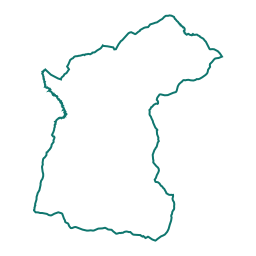 Bixad, Covasna, Romania, rotated 90°
{"feature_id": "2599482B49492640514301", "entity_name": "Bixad", "entity_type": "district", "adm_level": 2, "iso_a3": "ROU", "parent_name": "Romania", "parent_adm1": "Covasna", "projection": "albers", "projection_center": [25.86, 46.11], "detail": "fine", "context": "isolated", "style": "outline", "palette": "teal", "viewbox_px": 256, "rotation_deg": 90, "n_neighbors": 0, "source": "geoboundaries", "source_scale": "gbopen_adm2", "svg_char_len": 5781}
<svg xmlns="http://www.w3.org/2000/svg" viewBox="0 0 256 256"><g transform="rotate(90 128 128)"><path d="M209.9,222.0L210.4,222.0L212.3,220.4L212.4,217.9L213.0,215.9L213.0,213.8L213.9,209.1L215.1,207.1L215.4,205.4L215.3,204.5L213.7,201.6L212.3,197.7L213.3,194.4L213.9,193.7L218.7,192.0L220.3,191.1L221.9,190.8L222.6,189.9L223.4,188.1L224.4,187.4L225.6,187.1L226.5,186.5L228.0,185.3L228.1,184.5L228.0,183.8L227.2,181.8L227.0,180.7L227.2,179.7L229.6,173.5L230.6,169.2L230.6,167.8L230.3,165.3L230.6,163.1L230.5,162.1L228.6,157.7L228.4,153.7L227.8,151.0L228.6,149.2L229.1,148.6L229.5,147.8L229.8,144.4L231.4,142.8L233.7,139.8L233.6,138.8L233.2,137.5L232.9,136.2L233.1,135.1L232.8,134.5L232.8,133.1L231.9,131.6L231.5,129.8L231.6,128.8L232.1,127.0L232.0,125.7L234.3,123.3L234.7,122.2L235.1,115.5L235.6,115.2L236.2,114.0L236.6,113.6L236.6,113.4L236.4,113.3L236.1,112.7L237.3,111.1L238.0,110.6L237.6,109.5L236.7,108.1L236.8,107.7L239.5,103.7L240.6,100.7L240.2,99.9L239.2,98.8L236.4,95.0L235.4,92.7L234.5,91.1L231.8,88.8L229.0,87.4L224.6,86.2L220.7,84.9L217.5,84.4L216.1,84.8L215.0,84.6L214.0,84.0L211.9,83.7L209.9,82.6L209.6,82.1L208.0,81.8L206.3,81.9L204.2,81.7L202.2,82.0L200.4,83.1L198.8,83.5L196.1,82.9L194.9,83.0L195.0,84.0L194.8,84.6L194.9,85.7L194.8,86.8L194.4,87.8L193.8,88.5L193.4,89.5L192.3,89.9L188.8,91.8L188.0,92.8L186.4,93.9L185.7,95.1L183.5,96.5L182.3,98.0L182.1,98.8L182.0,100.1L181.7,100.6L179.7,101.3L177.9,100.1L175.2,99.2L172.6,97.8L170.7,97.1L168.9,97.3L167.6,98.0L166.1,99.7L162.5,102.7L160.2,102.6L159.3,102.9L154.8,103.3L150.1,101.6L148.5,100.5L147.9,100.3L146.7,99.3L142.4,98.2L141.1,97.2L139.5,97.8L137.7,97.6L134.3,98.9L130.6,99.2L130.2,98.7L129.8,98.7L127.7,100.6L127.1,100.9L122.5,102.9L121.0,103.2L118.4,104.5L116.7,105.1L115.2,106.2L114.1,106.5L111.8,106.3L110.0,106.6L109.0,105.6L107.2,104.8L106.8,103.9L104.8,102.2L103.6,100.0L103.6,99.5L103.9,98.6L103.5,98.0L102.0,97.9L100.7,98.4L99.9,99.2L99.4,99.2L97.7,98.7L94.6,96.5L94.4,95.9L94.4,95.2L95.3,91.3L95.1,88.2L92.8,82.8L92.1,80.3L91.7,79.8L90.7,79.3L86.4,78.2L84.2,77.0L82.5,75.2L81.7,74.1L80.6,73.2L80.2,72.6L80.1,72.0L80.3,70.7L80.0,69.4L79.8,67.6L80.3,65.3L80.5,62.5L79.9,60.5L79.1,59.3L79.2,57.8L78.8,56.4L77.3,53.8L75.0,50.5L73.4,48.9L71.9,48.3L69.7,47.9L66.9,45.9L65.2,46.2L64.0,46.0L61.8,43.8L59.5,42.0L58.5,40.8L58.2,39.2L58.0,37.4L56.6,34.0L53.4,36.1L51.2,38.2L49.3,41.8L49.1,43.4L49.3,45.9L48.9,46.5L41.6,50.2L40.9,51.0L38.7,52.7L36.9,55.9L36.1,56.4L35.6,57.7L34.7,58.8L34.6,59.3L34.9,62.0L34.0,63.1L34.4,63.6L35.1,63.7L35.3,64.2L34.9,65.7L34.6,66.6L34.0,67.2L33.8,67.8L34.7,69.3L33.9,70.5L33.3,70.6L32.7,71.6L31.7,71.6L31.0,72.2L30.8,72.1L30.8,71.7L30.3,71.4L28.9,71.3L27.9,71.8L27.5,72.2L27.4,73.0L26.7,73.2L26.5,73.8L25.3,74.9L25.4,75.4L24.3,75.7L24.2,76.4L23.4,76.7L22.9,77.4L22.0,77.9L20.8,79.3L19.1,80.6L18.9,81.1L16.9,82.0L15.7,84.5L15.4,86.5L15.8,87.8L15.8,90.0L16.0,90.5L17.4,92.3L18.0,92.7L19.1,93.9L20.0,95.6L22.3,98.9L22.9,101.3L23.3,102.2L24.4,105.8L27.1,107.9L27.4,110.6L27.8,111.9L30.0,115.8L30.8,116.1L31.8,117.7L33.8,120.1L34.1,120.9L32.2,124.8L32.6,126.4L33.3,127.6L40.1,133.7L41.2,135.2L44.4,137.5L49.2,140.1L49.4,141.7L47.4,142.7L46.3,148.6L45.9,152.9L45.5,153.2L48.0,155.0L48.6,155.7L50.4,158.8L52.2,161.1L52.4,161.6L52.6,163.6L53.3,164.0L54.3,165.9L54.0,166.9L53.9,167.9L54.1,168.2L54.4,170.7L55.1,171.4L54.8,172.0L54.8,173.1L55.3,174.5L55.7,176.0L55.8,177.5L56.1,178.2L56.3,180.5L56.5,181.2L56.9,181.9L58.2,183.0L58.8,184.3L60.0,185.8L64.4,187.6L66.5,188.9L69.3,187.0L73.2,189.6L73.4,190.2L74.3,191.6L75.8,192.4L77.3,194.2L78.4,194.9L79.4,195.0L78.5,197.9L74.7,205.1L69.5,210.7L70.5,211.6L70.5,212.2L71.2,212.5L71.6,213.4L72.1,213.0L72.7,213.1L73.3,213.8L74.4,213.4L75.0,212.9L76.3,212.8L76.9,212.4L77.2,212.6L78.3,212.3L78.8,212.5L79.1,212.0L81.5,211.7L81.8,211.2L82.3,211.6L83.0,211.2L84.9,211.0L85.2,210.6L86.6,211.0L86.5,210.6L87.8,209.6L87.8,209.1L87.5,208.6L87.8,208.4L88.0,207.9L88.6,207.2L88.6,206.3L89.3,205.8L89.5,206.4L90.1,206.3L90.5,206.7L90.4,206.3L91.3,205.9L91.4,205.3L91.7,204.7L93.3,203.7L93.5,202.9L94.1,203.4L94.9,203.1L95.1,202.2L94.9,201.9L95.2,201.8L95.0,201.6L95.2,201.3L95.1,201.0L95.5,200.9L95.8,200.5L95.9,200.1L96.1,199.9L96.0,199.2L96.3,199.0L96.6,199.0L96.7,198.8L96.9,198.9L97.8,198.8L98.7,198.0L99.4,197.7L99.3,197.1L99.9,197.0L100.0,196.5L100.3,196.5L100.6,196.2L101.1,196.0L101.2,194.9L101.8,194.9L102.0,195.5L102.3,195.6L102.8,195.3L102.9,194.1L103.2,193.9L103.4,193.9L103.5,194.2L104.0,194.3L104.4,193.8L105.5,193.6L105.6,193.4L105.9,193.8L106.1,193.5L106.9,193.7L107.2,193.3L107.5,192.5L108.4,192.4L108.7,192.1L109.6,192.6L109.4,192.1L110.0,191.5L110.3,191.5L110.5,191.2L111.6,191.5L111.5,191.3L111.8,191.1L111.9,190.6L113.0,190.9L112.9,190.6L113.3,190.6L113.9,189.6L114.1,189.5L114.6,189.8L114.5,190.2L114.8,190.4L114.8,191.0L115.2,191.0L115.6,191.3L116.1,191.1L116.0,191.5L116.6,191.9L117.0,191.9L116.9,192.2L117.4,192.3L117.3,192.6L117.7,192.8L117.6,193.1L117.8,193.3L117.7,193.7L117.9,194.2L117.8,194.6L118.1,194.7L117.8,195.2L117.7,196.1L118.2,196.4L118.1,197.3L119.3,198.5L119.8,199.3L121.2,200.1L121.7,200.1L121.8,200.8L122.5,200.4L123.8,200.7L124.0,200.5L124.5,201.1L125.1,201.4L125.7,201.1L127.4,201.3L128.0,201.7L129.9,201.9L132.5,202.8L133.7,203.5L134.6,203.6L135.0,204.0L136.4,203.0L136.5,202.0L137.3,201.5L138.7,201.8L140.2,202.5L142.0,202.4L144.5,204.3L146.4,204.6L148.0,205.3L148.3,205.7L149.3,206.2L150.7,207.6L151.8,208.3L152.4,209.4L155.2,209.6L157.5,211.3L158.1,212.2L159.2,212.9L162.6,213.4L164.5,213.2L166.1,213.8L166.9,214.0L171.6,213.4L173.9,212.8L176.2,212.8L178.7,213.5L180.9,214.9L183.7,215.5L184.8,215.4L190.2,216.6L193.3,218.4L194.4,218.6L196.8,219.4L199.5,219.5L204.1,220.9L205.5,220.7L205.9,221.1L207.0,221.2L207.4,221.5L209.1,221.5L209.9,222.0Z" fill="none" stroke="#0f766e" stroke-width="2"/></g></svg>